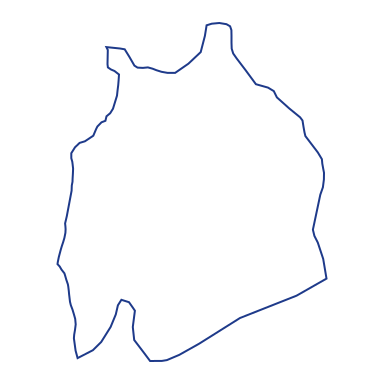 Baoro, Nana-Mambéré, Central African Republic
{"feature_id": "33826404B60338684619617", "entity_name": "Baoro", "entity_type": "district", "adm_level": 2, "iso_a3": "CAF", "parent_name": "Central African Republic", "parent_adm1": "Nana-Mambéré", "projection": "robinson", "projection_center": [16.033, 5.49], "detail": "fine", "context": "isolated", "style": "outline", "palette": "blue", "viewbox_px": 384, "rotation_deg": 0, "n_neighbors": 0, "source": "geoboundaries", "source_scale": "gbopen_adm2", "svg_char_len": 1665}
<svg xmlns="http://www.w3.org/2000/svg" viewBox="0 0 384 384"><path d="M77.6,358.1L92.9,350.2L101.2,342.0L110.6,327.0L115.8,314.4L117.9,305.3L121.4,299.8L129.0,302.2L132.8,307.6L134.9,310.7L132.8,327.0L134.2,340.0L143.5,352.2L150.1,361.0L162.0,360.9L166.9,360.1L179.2,354.9L199.3,343.6L240.0,318.0L296.5,295.7L326.5,278.6L323.2,258.9L317.8,242.6L314.4,235.9L312.9,229.7L320.3,194.7L322.9,187.3L323.9,179.5L324.0,172.8L323.2,168.6L322.3,163.7L321.9,159.2L317.8,152.4L305.4,136.1L304.5,132.4L303.5,126.8L302.5,120.5L300.1,117.3L289.2,108.4L276.9,97.4L273.8,91.1L268.0,87.6L255.9,84.2L245.6,70.2L236.7,58.5L233.2,53.5L231.7,48.7L231.5,42.7L231.5,35.6L231.4,30.1L230.1,26.3L226.5,24.2L219.3,23.0L211.8,23.7L206.6,25.3L204.9,35.9L200.7,52.1L188.4,63.7L175.1,72.9L167.7,72.9L161.5,71.8L156.4,70.2L152.6,68.7L147.9,67.4L142.8,67.9L137.5,67.6L134.4,65.6L129.4,56.9L124.7,49.3L120.0,48.5L106.4,47.1L107.8,50.0L107.5,64.2L107.9,67.4L111.0,69.5L114.5,71.0L115.9,72.1L119.0,74.5L118.6,80.5L118.2,85.3L117.6,90.0L117.0,95.6L116.4,97.6L113.0,108.7L110.2,113.2L106.5,116.3L105.4,120.8L101.5,122.3L97.4,126.5L96.2,128.9L93.3,135.7L84.9,141.3L79.6,142.9L75.0,147.3L71.3,153.2L71.3,158.2L72.3,161.8L72.6,164.2L73.1,168.7L72.9,173.6L72.6,178.7L72.5,181.8L71.8,185.4L71.6,190.7L66.8,216.2L65.1,223.4L65.4,226.2L65.6,229.2L65.4,232.9L64.4,237.9L63.2,242.0L61.8,246.2L60.7,249.9L58.8,257.1L57.8,262.0L57.5,264.1L59.7,266.5L61.5,269.6L64.4,273.3L65.1,275.5L66.3,279.7L67.9,284.4L68.3,286.8L68.8,291.0L69.1,294.3L70.0,301.8L70.8,305.1L72.5,309.6L74.0,314.6L75.2,318.9L75.7,324.4L75.0,329.9L74.2,334.6L73.9,338.3L75.6,350.7L77.6,358.1Z" fill="none" stroke="#1e3a8a" stroke-width="2"/></svg>